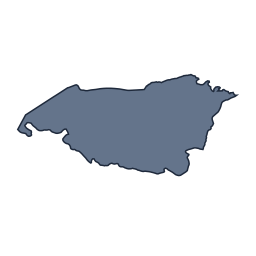 Cachoeira do Piriá, Pará, Brazil, rotated 87°
{"feature_id": "56859067B84047664987434", "entity_name": "Cachoeira do Piriá", "entity_type": "district", "adm_level": 2, "iso_a3": "BRA", "parent_name": "Brazil", "parent_adm1": "Pará", "projection": "natural_earth1", "projection_center": [-46.43, -2.011], "detail": "fine", "context": "isolated", "style": "filled", "palette": "slate", "viewbox_px": 256, "rotation_deg": 87, "n_neighbors": 0, "source": "geoboundaries", "source_scale": "gbopen_adm2", "svg_char_len": 4568}
<svg xmlns="http://www.w3.org/2000/svg" viewBox="0 0 256 256"><g transform="rotate(87 128 128)"><path d="M153.4,54.3L152.5,53.9L151.0,53.6L149.4,52.5L148.5,52.1L147.4,52.1L146.6,51.8L145.3,50.9L144.6,50.7L143.5,50.8L141.9,50.1L140.5,50.3L138.6,49.5L137.7,49.3L135.5,48.6L134.7,47.9L134.2,47.2L133.9,46.0L133.0,45.1L132.0,45.1L131.2,45.1L130.2,43.6L128.0,42.4L124.3,43.4L122.7,43.5L121.8,43.2L121.1,42.8L117.1,37.7L116.5,37.0L113.9,35.4L112.7,34.8L111.3,34.2L109.6,33.7L107.7,33.0L107.0,32.4L106.4,31.5L105.2,28.8L105.1,26.9L104.3,25.3L103.5,23.8L102.4,20.4L102.1,19.5L101.0,17.8L101.0,18.8L100.3,20.1L98.0,21.2L98.2,22.3L98.2,24.0L99.0,24.5L98.5,25.2L97.6,25.9L96.9,26.0L96.5,27.4L96.0,28.6L94.6,30.3L94.9,31.5L95.8,31.9L95.8,33.5L95.7,36.3L94.5,35.1L93.6,35.3L93.5,34.3L92.5,33.9L91.8,34.8L91.5,36.4L91.8,38.3L93.5,40.0L94.3,40.3L95.4,40.2L96.0,40.9L95.3,42.0L93.9,42.9L92.6,43.5L91.4,43.2L90.0,45.0L88.8,45.8L87.2,45.6L86.6,44.4L85.5,44.5L85.1,46.0L86.2,48.1L87.6,49.4L88.6,50.9L88.6,53.1L87.8,55.3L87.3,56.9L85.6,57.3L84.4,57.1L83.6,56.0L83.1,54.8L82.1,55.0L81.6,56.2L81.4,57.5L80.0,58.0L79.5,58.5L79.3,60.0L77.9,62.4L78.3,63.4L78.2,64.3L78.6,65.4L78.5,66.2L78.5,67.5L78.7,68.4L78.6,69.4L79.0,70.1L79.3,71.3L79.7,72.5L79.9,73.6L80.3,74.9L80.6,75.7L81.0,76.5L81.1,77.7L81.0,78.6L81.2,79.4L81.3,80.5L81.5,81.8L81.8,82.8L82.1,83.8L82.0,84.8L82.2,86.2L82.6,87.5L82.9,88.3L83.3,89.5L83.8,90.9L84.4,92.2L83.8,93.7L83.6,94.7L83.9,96.2L83.4,97.2L83.6,98.3L83.8,99.4L83.8,100.4L83.8,101.5L84.1,102.5L84.8,103.3L85.5,104.4L85.7,105.4L86.9,106.4L87.0,107.3L89.4,109.0L90.4,109.7L90.5,111.6L90.5,112.6L90.5,114.2L90.5,118.6L90.5,122.8L90.5,124.0L90.5,125.1L90.3,126.9L88.6,134.4L87.9,139.0L87.5,142.5L87.2,147.0L87.2,150.6L87.3,153.4L87.8,158.0L88.1,163.1L88.6,166.6L88.5,168.3L87.9,170.4L87.8,171.8L87.5,173.1L86.4,174.3L85.6,174.7L84.4,175.2L83.2,175.8L82.5,176.7L82.2,177.4L82.4,178.6L84.1,183.8L84.5,185.0L84.7,186.2L89.5,194.5L92.0,198.9L92.7,200.2L109.6,229.6L111.1,230.5L123.7,238.2L126.0,236.3L126.8,235.1L127.3,233.9L127.7,232.2L128.2,230.4L129.3,229.7L130.3,228.9L131.0,227.9L131.0,226.5L130.7,225.5L129.9,224.7L128.8,224.9L128.0,225.0L127.1,224.6L125.8,224.9L125.2,226.0L124.8,226.7L124.3,227.4L123.2,228.9L122.5,229.6L121.7,230.1L120.6,230.8L119.9,230.9L119.3,230.2L118.8,229.6L117.9,229.0L117.4,228.1L117.4,227.2L117.7,225.9L118.2,224.4L119.5,223.6L120.7,222.7L121.3,222.0L122.2,221.0L123.1,220.0L124.8,218.6L125.2,217.9L125.9,216.8L126.1,215.3L126.1,213.8L125.9,212.9L125.6,211.8L125.7,210.6L125.8,209.6L125.8,208.8L125.5,207.4L125.7,206.5L126.1,205.6L127.4,204.7L128.0,203.8L128.6,202.3L129.5,200.1L129.6,198.8L129.4,197.2L129.1,195.9L128.7,194.9L127.9,194.2L126.8,193.0L126.1,191.9L125.8,191.0L126.0,189.7L127.1,189.3L128.4,188.6L129.9,188.0L131.1,187.8L131.2,188.7L131.5,189.5L132.0,190.4L133.0,191.4L134.3,192.6L135.5,193.6L136.6,193.7L137.6,193.3L138.8,192.4L139.7,191.3L140.3,190.2L140.5,189.3L141.0,188.3L141.8,187.4L143.6,186.5L145.0,186.4L145.9,185.9L146.6,184.4L146.7,183.6L146.6,182.6L147.1,181.6L147.8,181.0L148.2,179.8L148.6,178.2L149.4,177.3L150.6,176.1L152.2,174.7L152.8,174.3L153.5,173.7L156.0,171.6L156.8,171.1L157.7,170.5L158.9,169.5L159.9,168.5L161.0,167.1L160.7,166.4L159.9,166.4L159.2,166.3L157.9,165.8L157.0,165.0L157.0,163.6L158.4,162.9L159.0,162.5L159.7,162.0L161.0,159.7L161.8,158.9L162.6,158.4L163.6,157.6L163.8,156.3L164.1,154.7L164.5,153.5L164.3,152.5L164.5,151.0L164.3,149.8L163.7,149.2L162.9,148.0L162.4,146.7L162.4,145.8L162.9,144.9L163.2,144.0L163.3,143.2L163.1,142.0L162.9,140.8L163.3,139.8L164.7,139.2L165.8,138.5L166.4,137.1L166.4,135.6L166.8,134.4L167.6,133.2L168.0,132.1L168.4,131.3L168.8,129.8L168.9,127.9L168.8,126.7L168.5,125.4L168.9,124.5L169.1,123.5L169.7,121.7L170.5,120.5L170.9,119.0L171.6,117.4L172.1,115.8L172.2,114.7L172.0,113.3L172.2,112.3L172.5,110.5L172.7,109.2L173.1,107.7L173.9,105.1L174.6,103.1L175.2,101.7L175.4,100.4L174.9,98.9L174.5,97.2L174.2,95.4L173.9,94.4L173.4,93.9L172.5,94.1L171.0,94.2L170.1,92.9L170.5,91.6L171.0,90.8L172.0,90.0L172.6,88.8L173.5,87.5L174.6,85.8L176.1,84.0L177.1,82.8L177.8,81.1L178.1,80.0L178.1,79.0L177.9,77.9L176.6,75.6L175.8,74.2L175.0,72.8L174.3,71.8L173.6,71.0L172.5,70.7L171.2,70.3L170.0,69.9L169.0,69.6L168.0,69.0L166.8,68.8L165.7,68.9L164.1,69.1L162.2,69.8L161.4,70.2L160.7,70.4L159.7,70.1L158.4,68.8L157.5,68.6L157.0,69.5L156.1,70.9L155.4,71.6L154.5,71.8L153.7,71.3L153.3,70.3L152.9,69.2L152.6,68.4L152.5,67.6L152.0,65.5L151.6,64.0L151.3,62.7L151.4,61.5L152.0,58.8L152.4,57.9L152.8,57.2L153.0,56.0L153.4,54.3Z" fill="#64748b" stroke="#1e293b" stroke-width="1.5"/></g></svg>